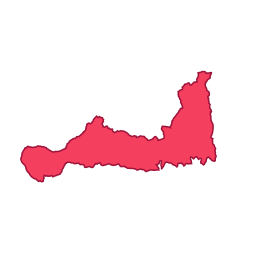 the district of Dos de Mayo, Huánuco, Peru, rotated 198°
{"feature_id": "86281439B79101978264301", "entity_name": "Dos de Mayo", "entity_type": "district", "adm_level": 2, "iso_a3": "PER", "parent_name": "Peru", "parent_adm1": "Huánuco", "projection": "albers", "projection_center": [-76.617, -9.7], "detail": "fine", "context": "isolated", "style": "filled", "palette": "rose", "viewbox_px": 256, "rotation_deg": 198, "n_neighbors": 0, "source": "geoboundaries", "source_scale": "gbopen_adm2", "svg_char_len": 5746}
<svg xmlns="http://www.w3.org/2000/svg" viewBox="0 0 256 256"><g transform="rotate(198 128 128)"><path d="M65.8,206.4L67.2,206.0L67.4,205.5L67.9,205.1L68.7,205.1L69.7,204.8L70.4,204.1L71.0,204.3L71.6,205.2L72.8,205.2L74.2,204.9L74.7,204.7L76.1,203.4L78.4,202.2L77.7,200.9L77.1,198.8L77.1,198.1L77.5,197.6L77.4,196.7L77.7,195.5L77.2,194.7L76.7,192.8L78.2,192.6L78.8,192.1L79.4,191.9L81.1,188.5L82.4,188.1L83.3,189.3L83.9,189.7L84.7,189.4L86.1,187.8L87.6,187.1L87.5,186.5L87.9,186.0L88.2,184.5L89.1,183.6L88.5,182.9L88.3,181.4L90.4,179.8L90.7,179.0L91.6,178.0L90.9,177.2L90.7,175.6L90.4,175.2L89.9,173.9L88.3,172.6L87.7,171.5L86.4,170.8L85.8,168.6L85.0,167.7L84.3,167.4L83.8,166.3L83.0,165.6L82.2,163.9L82.7,163.4L83.6,163.2L84.2,162.5L84.1,161.5L84.9,159.9L84.8,159.1L85.0,158.1L85.7,156.5L86.6,153.6L87.7,151.1L87.7,149.2L88.2,148.6L88.3,148.0L87.8,146.2L87.8,144.4L88.1,142.2L87.7,141.4L88.9,141.6L91.2,141.3L91.8,141.0L93.3,141.0L94.0,140.6L95.8,140.3L96.0,139.9L95.8,139.0L96.0,138.0L95.8,137.4L94.6,136.2L92.9,135.1L92.6,133.6L91.4,132.1L90.8,130.9L90.8,129.3L91.3,128.6L95.6,125.5L96.2,126.7L98.0,127.9L99.1,128.4L100.0,127.8L101.2,125.2L101.8,124.6L103.2,123.4L105.4,122.3L106.3,123.2L109.1,124.3L109.7,124.9L110.3,124.9L111.8,124.5L113.8,124.3L115.4,122.6L116.7,121.8L117.2,121.8L117.5,122.6L119.0,122.6L119.7,122.5L121.1,121.4L121.8,121.1L125.4,121.8L126.3,122.6L128.7,123.4L131.6,123.7L133.0,123.2L133.9,123.2L135.6,122.0L136.4,121.8L137.3,122.0L137.3,121.4L137.6,120.9L139.7,119.4L140.4,119.9L141.7,120.3L142.4,122.1L143.1,122.0L144.1,121.3L144.8,121.3L145.6,122.0L146.7,121.5L148.1,123.2L149.2,123.1L149.9,122.0L150.3,121.6L151.7,121.7L151.9,121.5L152.3,122.2L154.1,124.3L153.9,125.5L153.3,126.2L153.9,127.5L153.9,128.5L155.0,128.9L155.4,129.8L156.9,129.6L158.7,130.0L159.5,128.8L159.9,128.7L161.5,129.6L163.4,125.6L163.3,123.9L163.9,122.8L164.1,121.8L164.4,121.1L165.0,120.4L166.7,120.6L167.9,119.6L168.3,118.3L168.0,117.8L167.9,117.0L168.2,116.5L167.9,114.8L167.9,113.9L167.6,113.1L168.3,111.5L169.1,110.6L168.7,110.1L169.4,109.5L169.6,108.5L170.2,107.9L170.8,106.9L170.8,106.3L171.3,106.0L171.9,104.9L173.3,104.1L174.1,103.9L174.5,102.7L175.2,101.9L176.9,100.8L179.7,97.3L179.5,96.6L179.7,95.6L180.3,95.1L181.0,94.0L180.8,93.0L181.1,90.3L180.8,89.5L181.4,89.2L181.6,88.5L182.7,88.0L183.5,86.8L184.1,86.6L185.3,85.2L186.2,84.6L188.7,83.5L189.5,83.4L190.3,82.7L192.4,81.9L196.7,82.8L197.6,83.2L198.4,83.0L199.4,83.9L202.8,84.1L203.4,83.6L205.6,83.6L208.3,83.0L208.9,82.5L209.2,81.9L210.4,81.1L211.6,80.8L212.0,80.3L213.0,79.9L214.6,79.9L216.1,79.5L217.2,79.7L217.6,79.6L218.4,78.6L218.5,77.6L219.6,77.4L219.9,76.9L219.8,75.8L220.5,74.3L220.5,73.3L221.0,71.3L220.4,69.2L220.4,65.5L219.7,64.3L218.5,62.9L217.2,61.9L214.5,60.7L213.1,59.1L212.3,57.6L211.0,56.2L210.0,55.3L208.5,54.7L206.6,53.0L204.2,51.6L200.9,50.8L199.8,51.2L198.6,50.4L196.5,49.6L195.1,50.5L193.7,50.2L192.6,50.7L192.2,51.2L192.6,53.1L192.3,54.4L193.0,55.0L193.0,57.1L192.7,57.2L191.3,56.8L190.6,57.6L189.2,57.3L188.6,57.7L187.1,58.2L186.0,59.2L185.6,59.2L185.0,58.6L184.3,58.4L183.0,59.7L181.8,60.4L180.6,61.6L179.7,62.0L178.2,63.4L178.0,64.9L177.4,66.3L177.9,67.8L177.2,70.0L177.0,72.4L176.6,73.4L176.6,74.6L176.3,75.2L175.7,75.4L175.6,76.2L174.7,76.8L172.9,77.4L170.8,77.3L170.1,77.7L169.0,77.7L168.1,77.5L167.3,77.7L166.1,78.4L165.4,78.6L165.0,79.1L164.1,79.4L162.3,78.4L161.6,78.5L160.6,79.2L158.9,79.2L157.7,78.5L157.3,77.5L156.6,77.3L156.1,77.6L155.1,77.8L154.5,78.5L153.4,79.2L152.5,79.4L150.7,79.2L149.6,79.5L149.1,80.0L149.0,80.9L148.5,81.5L148.3,83.0L147.9,83.4L147.8,84.2L147.5,84.5L146.9,84.1L146.1,84.1L145.7,84.9L144.7,85.9L144.0,85.9L143.4,86.1L143.1,85.3L141.9,84.5L140.2,84.5L139.6,85.1L137.9,85.9L136.0,87.7L135.0,87.8L134.0,88.2L133.7,87.9L132.3,87.7L130.6,87.9L128.1,89.1L127.6,89.5L127.2,90.2L125.6,90.8L123.7,89.4L122.7,89.1L119.2,90.5L118.4,89.9L117.0,89.9L116.2,89.6L112.5,90.5L111.9,90.9L109.4,91.1L108.8,91.5L106.5,90.8L105.5,91.2L104.3,92.4L103.0,93.0L102.0,92.7L101.3,93.1L99.0,93.0L98.4,92.4L97.3,92.2L93.9,94.9L92.9,95.3L89.9,95.9L87.6,97.1L85.8,97.6L86.1,97.9L86.1,98.7L86.3,99.3L87.3,99.8L88.4,101.1L89.7,101.8L88.1,103.0L87.5,103.8L87.6,106.3L87.1,106.8L86.2,107.1L85.8,106.6L85.5,105.4L85.6,104.3L84.9,102.4L84.1,101.3L83.5,99.7L83.1,100.1L83.0,101.1L82.5,102.1L81.9,106.3L81.3,107.3L79.6,107.6L78.1,107.4L76.3,108.0L75.5,107.9L74.4,107.1L71.4,106.9L69.5,106.1L69.2,106.7L69.1,107.4L69.6,109.1L69.4,109.9L67.8,110.3L66.1,111.2L65.7,111.1L65.3,110.5L64.2,110.4L63.1,109.2L62.3,110.4L61.9,112.1L61.4,112.3L59.7,112.5L56.5,113.8L57.7,116.2L59.1,118.1L59.3,119.6L58.9,120.0L58.0,120.0L56.7,119.1L56.2,118.9L55.9,119.2L55.2,120.8L54.0,121.9L53.4,121.7L51.2,120.0L50.4,121.0L49.3,121.6L48.8,121.3L48.3,120.5L48.4,118.1L47.9,117.2L45.9,116.8L45.4,116.5L44.8,116.3L44.1,117.2L44.1,118.8L43.7,119.3L43.5,120.3L43.8,123.3L42.8,125.2L41.5,124.9L40.7,124.1L39.7,124.2L38.8,123.3L36.9,122.9L36.1,123.2L35.3,123.2L35.1,123.6L35.0,124.2L35.7,126.2L35.4,127.1L35.6,128.7L36.7,129.7L37.4,131.9L38.3,133.1L38.3,135.4L39.2,136.3L39.9,136.8L40.6,138.2L42.6,139.1L43.5,141.8L44.1,142.9L44.0,144.1L44.8,144.1L45.8,144.3L46.5,145.6L46.5,146.2L46.2,146.9L46.2,149.5L46.8,153.2L47.5,155.6L48.1,157.2L48.7,158.1L50.9,160.3L51.7,161.6L53.1,165.3L53.8,166.1L54.0,167.5L54.6,168.5L53.8,168.9L53.6,169.3L54.3,170.1L54.6,170.9L55.2,171.2L56.3,172.2L57.1,174.1L57.2,175.7L59.0,176.8L59.0,177.9L59.9,179.1L60.4,181.0L60.7,181.3L61.3,181.2L61.7,182.9L61.0,183.6L60.9,184.4L61.3,185.5L61.4,186.1L62.4,187.4L63.3,187.8L64.6,188.1L65.5,189.8L67.3,191.6L67.8,192.9L68.4,193.6L68.3,194.3L67.9,194.8L68.3,195.7L67.5,196.6L67.4,198.2L65.4,200.9L65.5,201.9L66.1,202.7L65.7,203.9L65.8,205.0L65.6,205.9L65.8,206.4Z" fill="#f43f5e" stroke="#9f1239" stroke-width="1.5"/></g></svg>